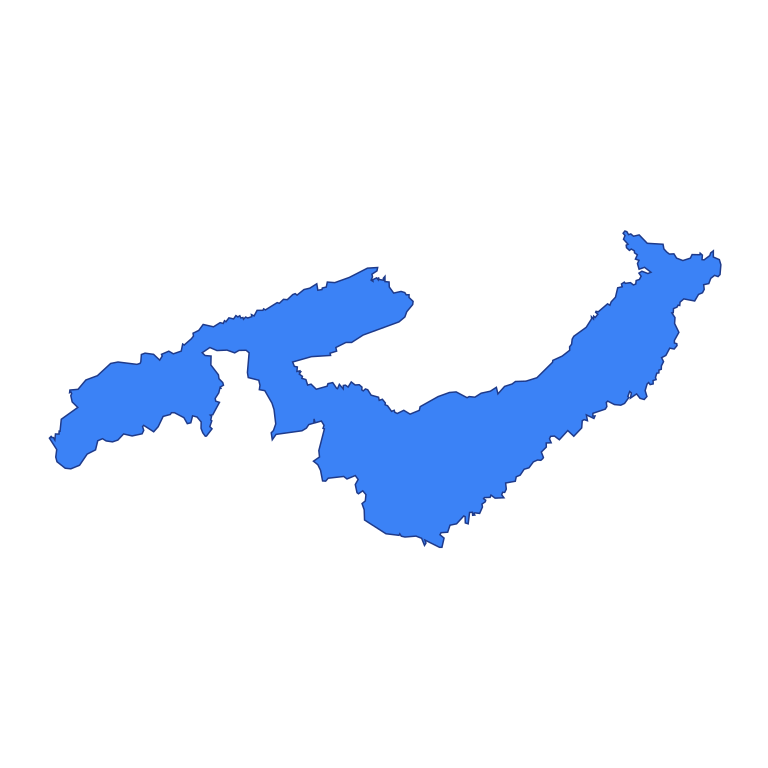 Tlaltetela, Veracruz, Mexico, rotated 182°
{"feature_id": "50627088B55726085156575", "entity_name": "Tlaltetela", "entity_type": "district", "adm_level": 2, "iso_a3": "MEX", "parent_name": "Mexico", "parent_adm1": "Veracruz", "projection": "natural_earth1", "projection_center": [-96.832, 19.284], "detail": "fine", "context": "isolated", "style": "filled", "palette": "blue", "viewbox_px": 768, "rotation_deg": 182, "n_neighbors": 0, "source": "geoboundaries", "source_scale": "gbopen_adm2", "svg_char_len": 6127}
<svg xmlns="http://www.w3.org/2000/svg" viewBox="0 0 768 768"><g transform="rotate(182 384 384)"><path d="M53.9,503.0L52.0,505.1L51.5,514.9L53.2,520.0L59.3,522.4L59.5,528.6L62.1,526.4L62.9,523.7L68.5,519.2L70.5,519.4L70.3,523.9L72.6,525.8L72.8,524.2L80.6,524.1L82.2,520.5L89.6,517.8L96.0,520.0L98.8,524.2L103.3,523.8L106.1,525.8L109.0,528.8L110.0,533.4L125.8,533.8L134.2,541.9L139.8,540.4L142.6,542.6L144.8,541.8L146.6,544.7L148.6,545.3L150.3,543.0L148.3,540.8L149.7,537.0L145.0,532.2L146.8,531.2L146.4,528.7L143.4,526.1L141.6,527.5L138.5,525.9L138.2,523.8L135.3,522.0L137.1,517.6L133.5,516.5L134.9,513.2L133.1,507.6L127.7,509.7L121.1,505.0L124.1,503.6L130.2,505.7L133.1,503.7L130.8,500.7L132.4,497.4L135.6,496.2L135.9,492.7L138.2,491.7L141.2,493.9L146.4,493.0L147.4,494.2L150.2,492.2L149.3,489.5L153.8,488.3L155.7,478.8L159.8,474.1L161.0,470.6L163.4,471.9L172.3,463.7L174.6,464.0L175.0,463.0L172.7,461.2L175.2,457.9L176.8,459.1L176.9,456.3L179.0,458.4L178.8,456.4L183.9,447.7L196.0,438.3L197.5,435.4L197.9,430.3L199.8,427.7L199.6,424.2L206.9,418.1L216.1,413.5L216.3,411.6L231.4,395.6L242.2,391.8L252.7,391.1L255.9,388.5L263.4,385.8L269.8,378.1L271.6,384.6L277.5,380.5L286.6,378.2L292.7,374.0L298.4,374.4L300.5,373.2L311.6,378.6L318.3,377.8L329.5,373.3L347.1,362.6L347.8,358.9L356.9,354.8L363.3,358.4L369.7,355.0L372.2,356.1L372.9,358.1L375.5,356.9L379.7,362.4L382.2,363.3L382.0,365.1L385.1,368.7L388.2,367.5L389.0,370.6L396.5,372.4L400.1,377.7L402.4,378.4L404.5,376.4L406.0,377.4L405.9,380.1L408.7,382.4L412.8,382.0L416.8,384.9L419.8,379.7L422.5,381.5L424.6,381.1L424.6,377.7L428.6,382.1L430.3,377.7L431.2,378.0L435.3,383.6L440.0,382.4L440.8,379.8L451.5,376.4L456.9,381.3L460.3,380.3L462.2,385.7L466.3,386.8L465.8,388.8L469.0,390.9L467.7,393.2L468.9,393.1L468.6,394.2L471.5,393.5L471.2,398.0L474.2,398.5L476.1,402.8L457.5,408.8L438.4,410.7L439.0,412.9L432.5,415.2L433.4,418.8L423.5,424.2L417.8,424.4L406.6,432.2L371.2,446.6L365.5,451.7L363.8,457.0L358.1,464.4L357.8,467.6L362.0,471.3L362.1,474.1L364.9,473.9L366.4,476.1L370.2,477.1L377.5,475.2L382.1,481.1L382.5,486.1L386.6,486.4L386.8,491.6L388.4,489.6L388.0,487.7L392.6,488.3L393.2,490.4L393.4,487.9L395.1,489.8L398.8,487.9L398.6,486.2L400.5,487.3L399.2,490.7L399.9,493.3L395.0,496.8L394.4,500.2L404.6,499.2L422.4,489.3L436.7,483.6L444.2,483.9L445.1,478.9L449.0,477.8L449.3,476.2L453.4,475.4L454.7,481.8L461.5,477.2L467.3,475.6L474.0,469.8L475.9,471.2L478.3,470.2L483.6,464.9L487.4,465.1L491.4,461.0L493.6,461.6L505.1,453.9L506.9,454.9L507.6,453.4L513.4,453.2L516.2,447.5L518.9,448.7L518.5,446.7L522.5,445.2L524.6,446.1L526.7,443.8L527.3,445.5L529.4,445.0L530.5,447.2L532.4,445.9L534.4,447.2L536.6,443.8L541.3,444.7L544.1,440.7L545.6,441.7L546.8,438.9L549.9,439.6L556.4,435.2L566.8,437.2L571.0,431.1L576.6,428.1L576.1,425.2L578.1,422.5L585.0,416.0L586.6,416.9L587.8,409.8L595.6,406.8L600.2,409.3L607.4,405.9L606.6,404.2L609.0,400.0L615.3,405.6L623.9,406.5L627.5,405.0L627.8,397.8L628.5,396.1L631.6,395.0L650.6,396.7L657.9,395.0L670.7,382.3L682.1,377.6L689.6,368.0L697.7,367.0L697.9,364.4L696.6,365.1L695.8,363.5L696.6,361.4L695.0,355.2L689.2,349.9L705.3,337.5L706.1,325.5L707.0,325.6L707.1,322.6L710.6,322.6L711.0,316.5L712.5,318.9L714.9,318.9L714.4,320.5L716.5,318.2L708.8,307.1L709.5,299.5L708.1,294.9L699.7,288.7L694.0,288.3L685.4,292.2L678.2,303.6L670.0,308.1L668.1,317.3L663.4,319.5L659.7,317.4L653.3,316.7L648.0,318.7L642.5,325.0L633.9,323.3L624.0,325.8L622.5,329.3L623.8,333.0L622.7,334.3L612.5,328.2L608.2,333.4L603.6,343.9L596.5,346.1L595.4,347.9L592.4,348.0L582.8,343.4L579.2,337.5L575.7,338.5L574.2,345.5L569.7,344.5L565.4,339.7L565.3,333.3L563.4,328.9L560.8,325.6L559.6,325.8L554.3,333.2L556.6,335.3L554.8,341.2L555.9,342.1L555.2,345.6L556.5,346.8L554.1,347.2L547.8,359.9L551.6,361.0L552.2,363.7L548.8,369.4L547.9,374.0L546.9,374.0L547.6,375.2L544.4,377.2L545.2,379.8L549.1,383.5L549.8,387.4L557.7,397.0L557.8,405.9L563.8,406.2L566.8,408.9L559.3,414.4L552.1,411.6L542.1,412.4L534.3,409.9L530.1,412.5L523.0,412.9L519.9,410.5L520.9,390.7L519.9,385.7L509.3,383.4L507.9,378.4L508.4,374.0L502.9,373.2L495.3,361.0L493.0,354.6L490.8,340.3L492.9,333.6L495.0,331.3L493.7,324.4L490.1,329.9L464.3,334.4L460.0,337.2L457.8,340.8L452.7,342.5L452.7,346.7L451.5,342.8L445.3,344.8L442.5,340.6L443.4,337.5L442.0,337.1L446.8,315.2L445.9,308.8L451.8,304.4L447.3,301.0L444.4,295.5L442.0,285.0L438.9,284.9L436.5,287.9L421.0,290.2L417.7,287.8L409.5,291.5L406.5,287.7L409.2,282.5L407.2,274.5L405.7,273.4L401.5,276.5L398.2,272.8L398.6,266.5L401.8,263.7L399.4,257.6L398.7,247.4L376.8,234.4L363.7,233.3L363.0,234.8L361.4,232.5L357.7,231.8L346.7,233.1L341.0,231.1L337.9,224.1L336.5,226.5L337.7,229.5L322.8,222.7L320.4,222.8L318.6,232.1L322.8,235.3L321.8,237.4L315.2,238.1L313.1,245.2L306.6,246.8L299.7,254.9L298.3,254.3L297.9,248.0L295.0,247.2L294.0,258.6L291.2,258.9L290.8,255.9L288.7,256.2L289.7,257.9L288.7,258.4L283.9,258.0L281.3,264.5L281.9,267.4L278.7,269.8L278.3,271.4L280.5,272.8L279.7,274.0L274.0,274.4L273.2,276.7L269.0,273.8L260.2,274.5L262.5,277.4L261.7,279.9L259.6,279.9L258.1,283.2L259.0,289.3L249.4,291.4L248.6,295.9L244.7,297.7L241.0,303.7L236.2,305.3L232.0,311.4L227.9,313.4L224.6,313.2L222.7,315.0L222.1,316.1L224.4,321.5L219.6,326.6L219.8,330.7L214.9,331.1L216.7,335.0L215.7,337.5L211.8,337.9L206.8,334.4L198.7,343.9L192.5,338.4L184.9,347.0L184.6,354.2L182.8,355.4L179.4,354.4L180.7,360.2L173.0,356.9L172.0,359.4L174.2,359.3L174.2,362.0L162.0,366.6L160.5,369.2L161.2,373.3L159.8,374.7L153.0,371.5L146.6,371.1L142.9,373.0L138.8,379.1L139.9,380.0L138.2,385.1L136.5,383.7L137.2,378.5L131.2,382.9L127.6,378.6L123.4,377.6L120.8,380.7L122.8,386.5L121.1,393.1L119.6,394.7L118.0,392.7L115.0,393.5L115.2,396.9L112.2,397.9L112.9,400.0L111.8,404.3L109.7,404.7L109.7,407.5L107.4,408.4L107.4,411.8L105.4,416.1L107.5,420.0L103.3,422.4L99.7,429.8L95.2,429.1L92.5,432.6L92.8,434.5L95.2,435.1L95.3,437.7L91.1,445.9L95.7,454.6L95.5,460.5L98.8,465.1L97.4,465.4L97.3,469.5L93.9,471.0L92.8,473.1L91.2,472.8L91.0,476.1L87.4,479.5L76.4,477.8L72.8,484.5L68.9,486.3L67.3,489.7L68.0,494.4L62.9,495.7L61.1,501.0L57.4,504.1L53.9,503.0Z" fill="#3b82f6" stroke="#1e3a8a" stroke-width="1.5"/></g></svg>